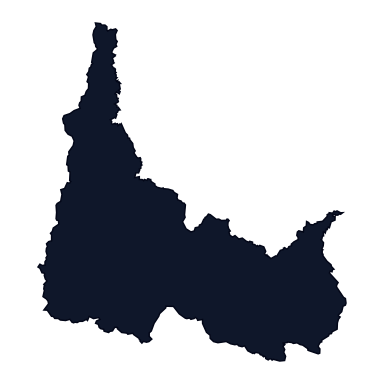 outline of Ban Rai, Uthai Thani, Thailand
{"feature_id": "78962969B36547770218976", "entity_name": "Ban Rai", "entity_type": "district", "adm_level": 2, "iso_a3": "THA", "parent_name": "Thailand", "parent_adm1": "Uthai Thani", "projection": "orthographic", "projection_center": [99.463, 15.37], "detail": "fine", "context": "isolated", "style": "filled", "palette": "ink", "viewbox_px": 384, "rotation_deg": 0, "n_neighbors": 0, "source": "geoboundaries", "source_scale": "gbopen_adm2", "svg_char_len": 5922}
<svg xmlns="http://www.w3.org/2000/svg" viewBox="0 0 384 384"><path d="M117.1,30.5L115.6,28.9L112.3,29.8L110.8,29.3L107.7,31.0L106.9,30.1L106.9,26.7L105.0,25.1L101.5,25.1L100.6,23.6L95.4,23.0L96.3,26.6L93.9,30.5L93.0,34.9L94.3,42.7L95.4,43.9L95.8,46.7L97.1,47.9L97.3,49.5L93.3,52.9L91.7,62.4L92.7,63.6L91.3,64.9L90.8,67.1L89.3,68.2L88.8,71.6L86.8,74.5L88.6,76.7L87.1,81.7L88.7,83.1L88.5,88.6L86.3,91.4L84.9,95.4L81.4,96.9L81.2,101.3L79.7,102.8L79.0,105.3L80.2,108.3L74.2,110.6L70.0,113.6L64.1,115.6L62.7,118.8L63.6,123.2L64.9,124.6L65.2,130.4L68.1,134.2L72.1,136.2L74.2,140.9L73.2,145.6L68.8,151.8L69.1,155.3L67.8,156.2L66.7,164.7L68.1,165.5L68.4,171.0L70.1,172.1L69.7,180.6L70.8,181.5L69.6,183.2L67.3,182.7L64.6,188.5L60.8,189.7L62.0,194.4L60.7,201.4L57.2,203.5L56.1,205.3L56.6,212.5L56.1,218.6L56.7,220.1L58.5,220.6L58.8,224.2L53.3,228.0L52.3,231.5L50.5,233.3L51.6,234.9L51.6,240.8L48.7,241.6L46.5,243.8L47.5,246.7L46.5,248.2L46.1,251.4L47.4,255.8L46.0,257.8L46.6,259.3L45.0,261.8L45.0,265.1L42.2,265.5L39.9,264.2L38.0,267.0L40.0,268.3L42.0,272.8L43.8,273.0L44.7,274.0L44.3,275.5L45.3,278.9L47.0,281.0L43.8,284.4L44.8,285.5L44.2,286.2L43.8,289.0L44.4,290.4L43.0,296.6L46.5,299.0L48.0,301.0L48.6,303.7L43.9,310.0L47.3,310.2L51.5,316.3L53.4,316.5L54.7,318.4L58.3,318.5L60.3,320.0L65.6,320.5L69.9,319.3L72.0,322.2L73.7,322.8L74.8,322.2L77.2,322.5L79.4,321.3L82.6,321.3L86.3,319.4L87.5,320.5L89.2,316.4L93.5,318.6L98.6,317.6L100.0,319.4L96.5,321.0L95.6,323.3L98.3,324.3L99.2,327.4L100.8,328.7L103.7,329.3L104.1,331.2L108.7,332.5L109.7,331.4L112.5,330.9L114.7,327.3L116.9,327.3L117.6,327.7L117.4,328.7L121.7,332.5L126.9,333.1L127.8,334.2L132.9,333.2L133.6,334.5L139.1,338.4L139.4,339.7L140.4,340.2L140.1,341.2L141.9,343.1L143.4,341.4L146.5,342.2L148.9,341.6L151.8,339.1L149.2,336.4L149.2,332.9L151.3,331.0L154.1,323.3L158.7,316.3L159.6,313.6L165.7,307.9L165.9,306.2L173.4,306.4L179.3,313.9L185.2,318.1L186.8,318.6L189.5,318.0L190.9,319.3L194.1,318.5L195.3,317.4L197.0,318.6L197.7,320.3L202.5,319.5L202.6,323.5L206.5,332.3L210.1,335.2L210.2,338.4L213.6,341.6L217.9,342.7L226.2,341.5L230.7,343.8L234.8,344.7L237.4,344.3L238.6,345.8L242.1,346.7L244.6,345.8L247.8,350.8L252.8,353.4L254.1,352.7L254.4,353.4L255.8,352.4L259.2,353.1L260.4,354.8L261.2,354.6L263.4,356.6L263.8,355.8L265.5,357.0L265.8,358.6L268.2,359.9L269.7,358.8L271.3,359.1L272.1,360.1L273.3,359.3L279.7,361.0L284.6,360.5L285.6,356.3L283.7,352.2L284.7,349.5L283.0,346.3L284.9,344.5L284.3,343.3L283.5,344.1L283.1,343.1L287.3,342.5L287.5,342.0L291.8,342.5L293.3,343.4L297.1,342.8L300.0,344.5L302.7,345.1L308.0,348.8L307.8,350.0L308.8,350.6L318.2,353.8L319.7,353.2L319.9,348.9L318.4,347.1L318.4,345.4L320.3,342.3L321.7,341.9L321.8,340.1L328.5,335.9L329.2,334.0L331.4,333.6L332.2,331.7L337.1,329.2L337.4,322.8L338.4,319.3L340.1,317.0L338.5,316.0L338.4,315.0L341.7,311.7L343.0,306.2L345.4,305.1L346.0,303.1L345.4,298.5L343.5,297.4L336.5,286.9L336.7,284.9L338.1,282.6L329.4,273.0L330.2,271.2L332.0,271.8L332.5,269.6L333.9,269.2L331.5,266.6L331.0,264.7L327.0,261.3L323.0,255.8L323.0,254.2L322.2,254.0L322.2,250.1L322.8,249.8L321.8,249.1L323.2,245.9L323.5,242.7L321.1,239.6L321.8,239.2L322.4,236.2L323.6,235.9L323.2,232.0L323.9,231.6L325.2,233.0L326.4,229.1L327.2,229.5L328.2,227.0L329.4,227.7L331.1,221.8L335.0,220.1L335.1,216.5L333.0,216.4L332.5,215.0L335.0,214.3L335.7,215.1L337.9,215.1L339.5,213.9L340.6,214.3L342.7,212.7L340.7,212.8L337.0,210.9L336.0,211.7L334.1,211.1L332.6,213.2L329.2,212.7L329.2,213.6L327.1,214.6L327.3,216.3L322.6,221.3L317.2,222.0L317.2,223.3L314.5,223.8L313.3,224.9L310.3,224.5L308.8,223.3L308.8,222.6L306.6,221.5L306.3,226.0L303.7,227.8L303.4,232.0L298.8,230.8L297.4,232.0L296.8,235.3L298.2,237.6L298.1,239.6L293.9,241.9L291.3,244.2L291.7,245.6L288.8,246.7L288.0,248.4L286.6,249.1L284.6,247.6L283.5,248.2L283.9,248.8L283.3,249.5L280.3,250.4L276.8,256.2L275.7,255.9L270.9,258.6L268.0,256.0L267.5,256.3L266.9,254.8L265.9,255.5L264.5,253.8L265.7,251.3L263.8,246.9L259.8,245.4L258.3,246.4L257.4,245.6L256.7,246.4L254.8,244.6L252.6,244.3L252.5,242.1L249.7,241.3L248.8,242.2L246.2,241.2L242.3,238.1L238.8,239.0L235.0,235.6L232.6,237.0L229.9,235.3L228.9,232.0L230.2,231.0L228.6,228.6L227.8,225.3L228.0,222.3L229.1,220.6L227.8,219.1L226.7,219.3L226.5,220.3L221.3,220.5L218.8,219.1L216.2,219.3L210.3,214.7L208.4,214.1L206.6,216.6L205.0,217.5L205.1,218.6L203.8,219.2L201.6,224.1L199.5,225.0L198.9,227.0L195.3,227.7L194.2,231.0L190.9,231.9L186.1,228.9L182.5,221.8L185.1,217.3L184.5,214.9L185.4,204.9L184.0,203.1L182.5,203.1L181.1,201.1L177.9,199.9L177.0,197.9L177.5,194.4L174.2,192.5L172.8,190.5L168.1,189.1L163.4,188.7L163.2,188.0L161.5,188.4L157.2,187.3L154.9,185.6L154.9,184.0L151.1,181.5L150.7,179.5L149.2,179.6L148.9,178.9L147.6,178.9L147.0,180.4L144.4,179.5L143.7,180.7L142.3,179.6L139.3,179.5L139.3,176.7L134.6,177.6L135.9,172.8L138.6,172.9L139.7,170.0L139.4,169.0L140.8,168.3L140.9,165.6L141.9,165.0L141.1,164.4L141.8,162.1L140.6,161.6L140.7,158.7L140.2,157.7L138.3,158.1L137.0,157.5L133.9,152.9L135.1,150.9L133.2,147.5L132.7,143.5L129.9,139.9L129.5,138.2L128.0,138.0L127.4,135.0L125.3,132.9L121.3,123.8L120.8,124.6L119.9,124.0L118.0,125.7L117.5,123.7L115.4,124.1L115.1,123.3L112.3,124.4L111.5,123.1L111.7,121.4L110.3,119.8L114.6,117.5L115.6,118.1L116.8,114.7L116.0,113.3L117.6,112.1L118.2,110.2L120.1,109.9L118.1,107.1L116.8,107.0L116.9,105.4L114.5,104.0L117.9,102.2L118.4,101.2L117.6,100.0L118.2,98.4L116.8,98.0L116.5,94.5L115.0,93.8L116.5,91.9L119.3,93.8L120.1,91.5L118.5,90.3L120.2,89.0L119.4,84.7L119.7,83.4L120.4,83.4L119.2,82.1L118.6,83.4L118.9,81.9L117.4,81.8L117.7,80.5L116.5,81.2L115.5,79.5L116.9,77.8L116.1,77.8L116.1,74.8L114.8,73.4L116.1,72.6L115.2,71.6L115.4,69.2L114.5,68.2L113.8,68.5L111.3,64.8L114.1,62.9L113.1,61.9L113.5,61.1L112.3,58.0L115.2,55.9L114.6,55.3L115.2,54.9L112.0,53.3L111.9,51.5L113.6,48.1L116.7,46.3L115.9,44.3L117.2,41.4L115.8,39.7L115.3,34.5L117.1,30.5Z" fill="#0f172a" stroke="#020617" stroke-width="1.5"/></svg>